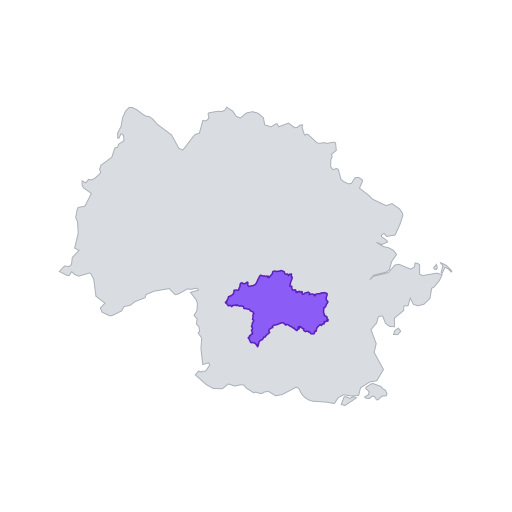 Sachsen-Anhalt highlighted on a map of Germany, rotated 110°
{"feature_id": "DEU-1600", "entity_name": "Sachsen-Anhalt", "entity_type": "State", "adm_level": 1, "iso_a3": "DEU", "parent_name": "Germany", "parent_adm1": "", "projection": "orthographic", "projection_center": [11.644, 51.989], "detail": "fine", "context": "in_parent", "style": "filled", "palette": "violet", "viewbox_px": 512, "rotation_deg": 110, "n_neighbors": 0, "source": "natural_earth", "source_scale": "10m", "svg_char_len": 9610}
<svg xmlns="http://www.w3.org/2000/svg" viewBox="0 0 512 512"><g transform="rotate(110 256 256)"><path d="M223.6,432.7L212.6,425.3L202.8,425.6L201.2,423.3L197.9,423.3L192.9,419.5L188.4,421.4L187.3,423.5L187.5,424.7L192.1,425.1L192.6,426.1L187.9,428.1L180.4,427.1L171.5,428.7L164.0,428.0L159.8,426.0L158.8,422.7L159.3,417.9L161.4,411.6L162.2,407.0L161.5,404.0L162.8,399.5L166.0,393.8L171.1,376.8L181.3,365.2L181.4,360.9L165.0,355.8L162.3,354.5L160.1,351.2L146.9,352.3L146.0,349.0L142.6,347.4L138.8,349.7L137.6,349.3L133.0,341.3L132.0,337.6L129.7,335.1L126.2,334.4L127.8,327.4L131.5,322.4L131.8,318.0L124.9,313.9L121.6,308.7L121.1,302.8L123.6,296.3L129.8,292.7L129.5,286.1L124.8,282.3L124.6,281.2L126.8,278.9L120.0,270.9L122.2,263.5L121.1,261.3L117.8,259.3L116.9,257.0L119.4,256.7L125.5,252.0L125.8,251.2L124.2,250.3L124.2,248.2L128.7,237.6L128.7,235.7L126.0,230.1L126.1,228.2L122.4,221.9L122.5,219.9L129.3,216.7L134.7,219.8L136.9,218.3L139.7,218.7L146.5,216.4L148.6,213.2L146.2,210.3L146.6,208.2L154.5,202.7L155.9,199.8L156.7,194.3L155.9,192.4L155.0,191.1L148.6,189.7L147.1,186.4L148.0,182.2L149.1,181.5L156.9,182.0L160.7,170.0L162.7,166.2L164.2,151.0L160.3,146.2L162.5,137.5L165.6,133.0L167.9,131.8L177.8,131.6L188.7,132.5L192.9,139.9L191.0,143.5L193.6,145.3L194.9,144.7L196.8,138.1L197.8,137.1L202.2,141.7L202.0,147.5L203.6,139.7L202.9,134.2L203.7,128.8L206.5,124.4L214.4,126.6L223.2,126.0L226.5,128.1L233.7,138.7L239.4,141.0L235.0,138.7L226.3,125.9L216.9,122.3L214.9,118.7L215.5,106.1L212.0,103.4L208.1,104.1L207.7,101.3L208.4,99.2L217.1,96.1L217.4,92.7L210.2,80.1L210.1,74.7L216.6,75.3L224.3,78.1L226.2,79.9L236.3,78.0L244.0,81.8L247.5,87.0L247.6,91.5L242.9,96.7L250.7,96.1L252.5,100.0L256.7,98.6L267.1,104.7L275.1,101.7L276.5,106.5L274.9,111.3L269.2,116.4L270.4,119.6L272.2,120.3L277.5,119.7L285.9,122.8L297.2,113.1L306.2,112.0L319.1,97.4L332.0,99.9L335.4,106.0L344.1,112.7L351.9,111.9L354.9,118.3L356.4,126.3L361.1,130.3L367.8,131.9L369.3,140.2L373.1,153.3L373.2,157.4L372.1,162.0L370.1,165.9L365.8,170.6L365.5,173.3L377.3,184.1L380.6,189.7L379.0,197.9L381.0,201.8L382.9,203.1L383.8,205.1L384.0,209.8L385.4,211.1L383.5,219.8L381.4,223.4L382.2,226.3L385.5,231.5L385.7,238.2L392.3,242.2L395.1,250.9L393.9,258.6L388.5,272.3L383.7,270.7L383.9,267.8L383.0,267.6L381.4,264.0L374.4,262.2L372.5,264.0L376.2,268.9L362.0,276.0L351.6,279.0L348.0,284.2L346.1,283.2L341.9,285.5L340.3,288.7L335.2,289.8L333.0,293.9L327.5,292.8L320.9,294.7L317.9,296.9L312.6,305.1L308.1,298.8L307.0,298.8L306.7,300.9L309.4,305.4L310.4,309.2L318.3,316.0L320.0,318.8L316.3,326.4L324.0,339.8L329.8,346.1L333.1,346.0L340.3,354.2L345.1,357.1L348.8,362.8L353.5,363.5L360.7,370.3L362.2,372.6L361.5,381.3L358.1,384.5L352.0,381.8L348.6,392.6L333.4,400.5L329.0,405.3L329.0,406.8L335.5,415.6L335.5,419.6L333.8,423.8L338.2,424.9L338.9,427.0L337.8,435.5L331.0,432.6L329.7,427.9L326.9,426.5L320.3,428.1L311.3,424.3L310.6,429.1L295.3,430.9L284.7,435.5L281.6,438.5L273.2,440.0L271.2,439.7L267.7,433.8L253.5,432.1L251.1,441.0L249.2,443.5L244.9,445.1L245.5,441.0L241.2,439.5L241.0,436.8L238.2,434.0L231.0,430.4L227.7,432.7L223.6,432.7ZM351.2,100.8L352.0,104.0L351.3,105.7L348.0,103.0L344.8,103.2L343.0,107.5L341.6,107.7L336.6,103.9L335.8,102.1L336.0,93.4L337.5,91.5L337.7,88.8L340.3,85.9L342.7,85.7L344.7,89.7L349.5,92.3L349.9,93.4L347.4,97.0L348.1,98.8L351.2,100.8ZM366.1,121.3L366.3,125.1L358.1,125.0L357.3,122.1L357.8,119.3L355.0,116.3L354.9,113.1L366.1,121.3ZM201.0,77.0L199.1,80.9L199.7,74.0L203.1,66.9L204.3,67.1L202.5,70.4L202.0,74.6L208.9,75.2L208.1,76.5L201.0,77.0ZM282.7,99.9L278.4,100.0L275.1,97.5L277.2,94.3L281.4,95.9L282.7,99.9ZM207.4,83.9L206.3,85.0L202.2,83.6L205.3,81.5L207.1,82.1L207.4,83.9Z" fill="#d9dde1" stroke="#a8b0b8" stroke-width="1"/><path d="M264.9,234.8L264.4,234.4L263.6,232.9L263.6,231.5L263.4,230.9L262.9,230.4L262.7,229.9L262.5,229.5L262.3,228.9L262.2,228.5L261.7,228.2L261.1,227.5L261.0,226.3L261.1,224.3L261.3,224.0L261.8,223.8L262.1,223.3L262.5,223.1L262.9,222.5L262.9,222.1L262.8,221.4L262.8,221.1L262.2,220.7L262.3,219.6L262.5,219.3L263.0,219.1L263.1,218.9L262.6,218.9L262.2,218.4L261.5,218.0L261.4,217.5L260.9,216.8L260.9,216.5L261.2,216.3L262.0,216.4L262.4,216.3L263.3,215.4L263.4,214.8L263.6,214.7L265.3,214.4L269.3,214.5L270.0,214.2L270.6,214.1L272.1,214.2L272.6,214.1L272.8,213.8L272.8,213.6L272.8,212.9L272.2,212.4L272.2,212.1L272.5,211.9L273.5,211.6L274.2,211.2L274.9,210.6L275.2,210.2L275.5,209.6L275.4,208.8L275.3,208.7L274.9,208.6L274.6,208.4L274.4,207.9L274.4,207.6L274.6,207.0L274.9,206.7L276.1,206.3L276.3,206.1L276.3,205.8L276.3,205.2L276.1,204.8L275.8,205.1L275.7,205.2L275.6,204.3L275.1,204.3L274.3,203.0L274.3,202.8L274.8,202.4L274.8,202.1L274.6,201.8L274.5,201.4L273.9,201.0L273.8,200.5L273.9,200.3L274.4,200.1L275.7,199.8L275.9,199.6L276.0,199.0L275.8,198.6L275.0,197.8L274.5,197.7L274.2,197.4L272.1,194.6L272.2,193.9L272.5,193.0L273.1,192.8L273.7,192.9L274.0,192.8L273.7,192.3L272.9,191.0L272.6,190.5L272.4,189.7L272.4,188.7L272.4,188.4L273.2,187.5L273.3,187.3L273.3,187.1L273.2,187.0L272.7,186.8L272.1,187.2L271.8,187.2L271.6,186.9L270.6,185.4L269.2,182.5L268.8,182.2L268.5,182.2L268.2,181.9L268.0,181.3L268.0,180.7L267.4,180.0L266.9,178.8L267.0,178.1L266.9,177.3L267.0,176.8L267.0,176.4L268.1,175.9L269.5,175.8L270.7,175.9L272.4,175.3L272.9,175.0L273.2,174.7L273.8,174.2L273.9,173.4L274.1,173.1L274.2,172.9L274.5,172.8L275.6,172.8L276.5,173.0L277.2,173.4L278.9,173.2L280.3,173.5L280.7,173.8L281.0,174.0L281.3,174.5L281.5,174.6L281.8,174.5L282.4,174.1L282.6,174.2L283.2,174.2L285.0,173.5L286.0,173.2L287.8,171.5L288.7,171.4L288.8,171.3L288.6,170.5L288.6,170.1L288.8,169.0L289.0,168.4L289.4,168.2L289.8,168.3L290.2,168.3L290.5,168.1L291.1,166.5L292.4,166.2L292.7,166.4L292.7,166.8L292.5,167.3L292.3,167.5L292.7,167.7L293.6,167.8L294.0,168.0L294.2,168.6L294.2,169.1L294.4,169.4L294.9,169.5L295.9,168.9L296.4,168.8L297.3,170.2L297.7,170.5L298.6,170.6L298.9,170.8L298.8,171.3L298.4,171.9L298.4,172.1L300.3,173.3L301.1,173.5L302.3,174.1L302.8,174.2L303.3,174.1L304.0,174.1L306.2,173.8L306.5,174.1L306.6,174.5L306.6,175.0L307.3,175.1L308.4,174.7L309.3,175.0L309.6,175.6L310.2,177.4L310.2,177.7L310.1,178.3L309.1,179.1L309.0,179.4L309.1,179.8L309.4,180.2L309.5,180.6L309.1,181.0L308.9,181.3L309.0,181.7L309.3,182.2L309.5,182.9L310.1,183.5L310.0,184.4L309.7,185.3L309.4,185.9L308.8,186.2L308.1,186.2L308.0,186.9L308.0,188.1L307.8,188.9L307.0,190.2L307.1,190.3L308.0,190.3L308.2,190.5L307.8,191.1L307.7,191.2L307.8,191.7L308.0,192.0L308.4,192.1L309.1,191.8L309.3,191.6L309.5,190.9L309.6,190.7L310.0,190.8L310.2,191.0L310.8,191.9L311.0,192.1L311.7,192.0L312.0,191.9L312.1,192.0L311.9,192.4L311.9,193.2L311.9,193.5L311.5,194.1L311.3,194.9L311.1,195.1L310.7,195.4L310.8,195.7L311.0,196.1L311.0,196.3L310.8,197.2L310.3,198.3L310.4,198.6L310.2,199.1L310.4,200.0L310.0,200.9L309.6,202.1L309.6,202.4L309.7,203.5L310.0,203.9L310.3,203.9L310.4,204.0L310.6,204.4L310.8,204.7L310.7,205.0L310.1,205.7L309.7,206.9L309.5,207.3L309.4,207.6L309.9,208.9L310.8,209.8L311.1,210.6L311.8,211.1L312.4,211.7L314.3,214.2L314.4,215.0L314.8,215.4L316.2,216.4L316.9,216.4L317.3,215.9L317.6,215.9L318.4,216.9L319.8,218.0L320.3,218.3L321.7,218.5L322.1,218.1L322.8,217.7L323.0,217.5L323.1,217.1L323.4,217.1L327.3,219.4L328.8,219.6L329.2,219.9L329.6,221.0L329.8,221.1L331.4,221.1L332.3,221.4L332.7,221.7L333.2,222.4L334.9,223.6L335.5,223.8L337.4,223.5L337.7,223.5L337.9,223.9L338.3,224.1L338.7,223.4L338.8,223.3L340.0,223.3L340.6,223.5L340.3,224.1L339.3,225.3L338.3,227.1L338.3,227.5L338.4,229.1L338.5,229.7L338.8,230.1L339.1,230.7L339.0,231.3L338.2,232.4L336.2,234.2L335.6,235.3L335.0,235.2L334.4,234.5L334.0,234.3L333.4,234.7L333.0,234.7L332.6,234.2L331.9,233.9L331.1,233.7L330.7,233.4L330.4,232.7L329.5,232.8L329.3,233.2L327.7,234.6L327.1,234.9L326.2,234.5L325.1,234.4L324.7,234.6L324.2,235.6L323.6,236.2L323.2,236.2L322.9,235.9L320.0,236.5L319.6,236.2L317.2,236.1L316.8,237.4L316.7,237.6L314.4,237.9L312.6,238.7L311.7,238.6L310.7,238.2L310.6,238.4L310.4,239.1L309.5,239.8L309.5,242.1L309.4,242.7L309.1,242.9L308.9,243.3L308.4,243.7L308.4,243.8L308.5,244.8L308.7,245.4L308.8,246.5L308.8,247.3L309.3,248.4L309.3,248.8L309.3,249.4L309.1,249.8L308.9,249.9L308.5,250.0L308.1,250.3L307.8,250.8L307.7,251.1L307.7,251.5L308.0,252.2L308.0,253.2L308.6,254.0L308.7,254.5L308.8,255.9L308.7,256.4L308.4,256.9L308.4,257.2L309.3,257.5L309.2,258.8L309.5,259.4L310.2,260.0L310.3,260.8L310.4,261.0L310.5,261.1L311.8,261.4L311.9,261.7L311.3,262.7L311.2,263.7L311.3,263.9L311.9,264.2L312.2,264.6L312.2,264.8L312.2,265.0L311.5,266.3L310.4,267.7L310.3,268.1L310.5,268.5L309.9,268.9L309.7,268.9L309.4,268.5L308.6,267.8L308.5,267.7L308.3,267.7L308.1,268.0L307.6,268.2L305.8,267.6L305.0,267.8L303.7,267.9L303.6,267.4L302.6,266.9L302.3,266.6L302.1,266.0L301.7,265.6L300.2,264.9L299.5,264.4L299.2,264.3L296.4,264.6L296.0,264.9L295.8,264.8L295.4,264.4L295.2,263.8L294.9,263.2L294.8,262.9L294.5,262.4L294.5,261.4L294.4,261.2L293.6,260.6L292.4,260.9L291.0,260.8L289.6,260.6L288.7,261.2L287.0,261.1L286.4,260.8L286.2,260.5L286.0,259.6L286.1,259.4L286.3,259.3L286.3,259.2L286.3,258.5L286.1,257.8L285.5,256.6L285.2,256.3L284.5,256.0L283.8,255.6L283.5,255.0L283.9,254.4L285.4,254.1L286.2,253.7L286.5,253.4L286.8,252.9L287.1,252.3L285.4,249.7L284.5,248.2L283.0,246.9L282.2,246.6L279.4,246.2L278.1,246.2L273.4,245.6L272.6,245.2L272.4,244.7L272.4,243.9L272.6,242.8L272.3,242.3L271.8,241.2L271.9,240.1L271.5,239.6L271.3,239.2L270.9,238.0L270.8,237.7L271.1,237.5L271.7,237.7L271.9,237.6L272.1,237.5L272.0,237.0L271.8,236.4L271.6,236.3L271.2,236.3L270.2,235.9L269.9,235.5L269.0,235.4L267.6,234.7L264.9,234.8Z" fill="#8b5cf6" stroke="#5b21b6" stroke-width="1.5"/></g></svg>